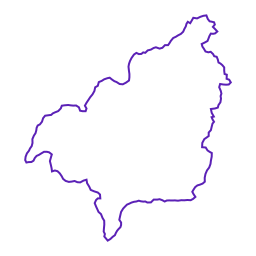 Jacuí, Minas Gerais, Brazil
{"feature_id": "56859067B14406788913482", "entity_name": "Jacuí", "entity_type": "district", "adm_level": 2, "iso_a3": "BRA", "parent_name": "Brazil", "parent_adm1": "Minas Gerais", "projection": "robinson", "projection_center": [-46.738, -21.024], "detail": "fine", "context": "isolated", "style": "outline", "palette": "violet", "viewbox_px": 256, "rotation_deg": 0, "n_neighbors": 0, "source": "geoboundaries", "source_scale": "gbopen_adm2", "svg_char_len": 3182}
<svg xmlns="http://www.w3.org/2000/svg" viewBox="0 0 256 256"><path d="M230.8,82.4L229.2,79.7L226.6,78.8L226.8,74.7L224.6,74.0L224.2,70.7L224.2,67.4L222.3,65.1L220.4,63.5L218.5,62.5L217.8,59.5L216.7,56.8L214.2,56.2L213.1,54.1L210.7,51.8L208.3,52.3L205.5,51.5L203.8,48.6L202.4,46.6L201.7,44.0L204.6,42.6L207.5,41.0L208.5,38.5L209.4,36.1L210.8,33.6L213.1,33.8L215.1,33.4L217.3,31.5L215.2,29.2L212.9,26.9L214.8,24.6L214.1,22.3L211.7,21.7L209.6,21.3L207.8,19.0L206.4,15.4L203.4,15.8L200.4,16.8L197.1,18.4L193.3,17.8L191.6,20.8L190.2,23.2L187.8,21.8L186.5,23.8L185.8,26.4L184.4,28.9L183.2,31.7L180.9,33.9L178.0,35.4L175.8,36.8L173.2,38.0L170.9,40.8L169.5,43.1L168.1,45.1L165.0,45.1L162.4,47.8L159.6,48.6L155.9,47.3L153.6,48.0L150.9,49.6L147.7,50.4L145.3,52.8L143.2,52.4L141.4,53.9L138.9,54.1L136.4,52.9L134.0,54.5L131.6,57.9L130.0,61.0L129.0,63.9L128.5,66.7L128.9,70.3L129.4,74.0L129.4,77.3L129.0,80.5L125.9,82.7L122.8,84.3L119.6,84.0L116.5,82.0L114.4,81.2L112.2,79.7L109.7,77.7L107.4,78.2L104.2,79.3L101.7,80.9L98.8,82.1L97.8,85.8L95.2,87.3L94.4,91.0L92.5,94.4L90.2,97.2L88.3,100.1L86.5,102.8L84.9,105.7L86.5,108.5L85.6,111.2L82.6,111.2L80.1,110.7L78.9,107.3L76.1,105.5L73.2,105.6L71.0,105.4L68.2,105.0L64.6,105.3L61.8,105.7L60.8,108.4L58.2,111.1L54.9,112.4L52.8,113.4L51.2,114.9L48.8,115.2L45.1,115.7L43.1,118.2L42.0,121.7L39.9,124.4L37.7,125.5L36.6,127.9L36.3,130.3L35.5,133.2L33.9,135.6L32.4,139.1L32.5,143.0L31.7,146.1L30.0,148.5L29.0,150.7L26.9,153.4L25.6,156.8L25.2,160.1L26.4,162.5L28.6,162.1L31.4,162.0L33.5,160.7L34.8,158.0L36.6,155.9L38.9,154.9L41.3,153.4L44.0,151.8L46.9,151.8L49.1,152.3L51.8,154.4L50.9,157.5L49.9,161.1L50.9,165.1L51.6,168.3L52.0,171.4L54.9,170.5L57.5,171.2L59.8,173.4L61.7,176.2L63.1,178.9L65.6,180.9L68.8,181.9L71.6,181.6L74.6,181.0L77.4,182.2L80.2,182.4L83.5,180.6L86.5,179.7L87.1,183.2L89.2,186.6L90.7,189.9L94.3,191.4L97.8,192.5L100.0,194.5L100.3,198.4L97.8,198.4L96.1,200.0L94.7,203.1L96.1,206.6L97.4,209.4L98.5,211.9L101.0,214.1L102.5,217.9L104.2,220.7L104.3,224.6L103.9,228.9L103.7,231.6L104.9,234.0L104.3,236.5L106.0,238.5L107.7,240.6L110.4,239.0L112.7,236.8L114.9,235.2L115.9,232.9L117.1,230.8L118.5,229.1L120.4,227.2L121.1,225.0L121.1,222.5L119.3,219.8L120.2,215.7L121.1,211.9L123.2,208.5L125.0,206.6L127.0,204.6L129.4,203.6L131.4,202.6L134.0,201.8L136.3,201.5L138.8,200.7L140.9,201.3L143.2,201.6L145.4,201.5L147.3,202.5L150.9,202.4L153.7,199.6L157.3,199.6L159.6,199.2L162.3,200.2L164.7,201.5L166.8,200.5L169.2,200.4L171.8,200.5L174.9,200.4L178.0,200.7L181.3,200.2L184.3,200.3L187.3,200.0L190.7,200.2L193.1,198.9L195.4,196.9L193.7,194.4L192.3,191.8L193.5,189.7L195.2,187.1L197.4,185.4L199.8,184.7L202.6,183.6L204.8,181.7L204.7,177.8L205.5,173.9L207.0,170.4L209.2,167.5L210.5,163.9L210.9,160.7L211.7,156.7L211.8,153.0L209.7,151.9L207.5,150.4L205.7,147.5L202.1,147.2L202.3,142.9L204.3,139.1L206.5,137.6L208.7,136.0L208.7,132.5L210.9,130.1L211.7,126.7L212.5,123.6L214.0,121.8L212.7,119.7L211.6,117.2L213.8,116.6L211.7,112.8L210.9,109.0L214.9,108.5L217.8,107.6L218.5,105.0L220.4,102.3L221.0,98.6L220.6,96.1L221.4,93.6L220.8,91.0L219.2,87.2L220.1,84.0L223.3,84.5L226.2,84.7L228.8,84.5L230.8,82.4Z" fill="none" stroke="#5b21b6" stroke-width="2"/></svg>